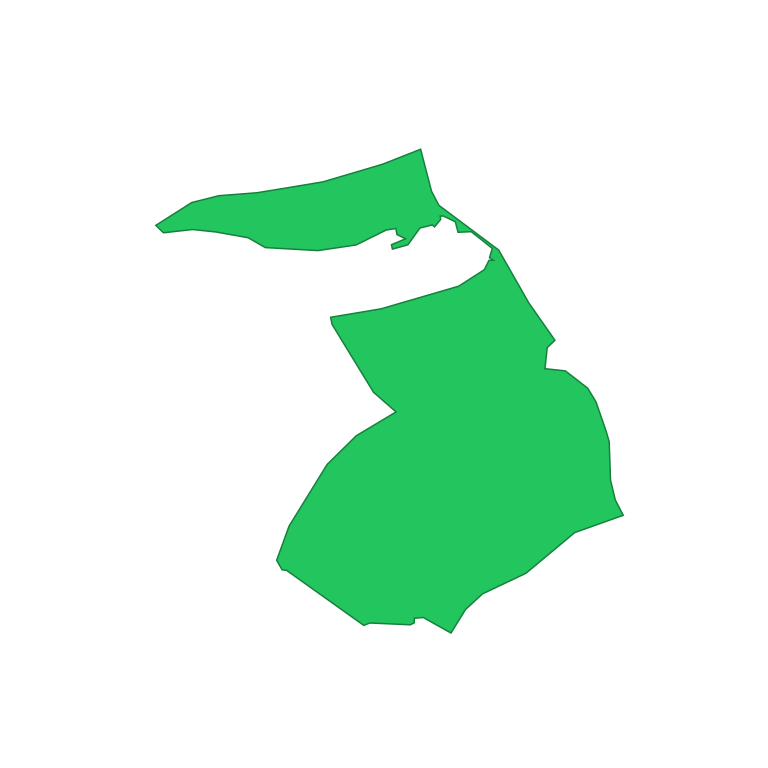 the district of Donaghmede Lea-5, Dublin, Ireland, rotated 202°
{"feature_id": "5873133B22285144111595", "entity_name": "Donaghmede Lea-5", "entity_type": "district", "adm_level": 2, "iso_a3": "IRL", "parent_name": "Ireland", "parent_adm1": "Dublin", "projection": "orthographic", "projection_center": [-6.157, 53.388], "detail": "fine", "context": "isolated", "style": "filled", "palette": "green", "viewbox_px": 768, "rotation_deg": 202, "n_neighbors": 0, "source": "geoboundaries", "source_scale": "gbopen_adm2", "svg_char_len": 1059}
<svg xmlns="http://www.w3.org/2000/svg" viewBox="0 0 768 768"><g transform="rotate(202 384 384)"><path d="M160.3,423.4L180.7,446.8L193.5,456.4L220.8,464.1L240.5,458.5L246.3,478.9L241.9,488.6L280.2,513.5L327.9,551.2L400.0,570.2L412.1,580.5L438.0,615.4L467.6,587.3L516.4,548.5L573.3,513.8L607.7,496.7L630.3,480.2L655.0,445.6L645.1,441.6L619.4,455.5L596.7,462.0L564.7,468.7L545.2,466.0L495.1,483.0L461.9,502.5L439.6,527.6L431.2,532.6L428.0,527.4L418.4,526.7L429.3,516.0L426.7,512.2L414.0,522.0L409.1,542.0L398.8,549.6L396.0,548.6L393.1,557.8L394.8,560.8L391.7,562.0L378.6,561.1L372.2,552.4L360.2,557.9L334.4,550.3L333.5,540.6L329.0,539.6L333.0,538.0L333.8,527.6L351.4,502.7L414.9,452.6L458.5,425.9L454.5,419.8L390.6,372.4L362.4,362.6L390.3,325.7L406.6,288.1L418.8,216.6L417.5,180.3L408.8,173.5L404.6,174.7L312.3,152.6L307.6,157.1L269.4,170.6L266.5,173.9L268.2,178.1L260.1,182.2L228.6,178.2L223.9,205.6L214.0,226.4L181.4,261.8L151.5,317.7L113.0,351.9L126.1,363.1L138.0,379.8L153.6,414.9L160.3,423.4Z" fill="#22c55e" stroke="#15803d" stroke-width="1.5"/></g></svg>